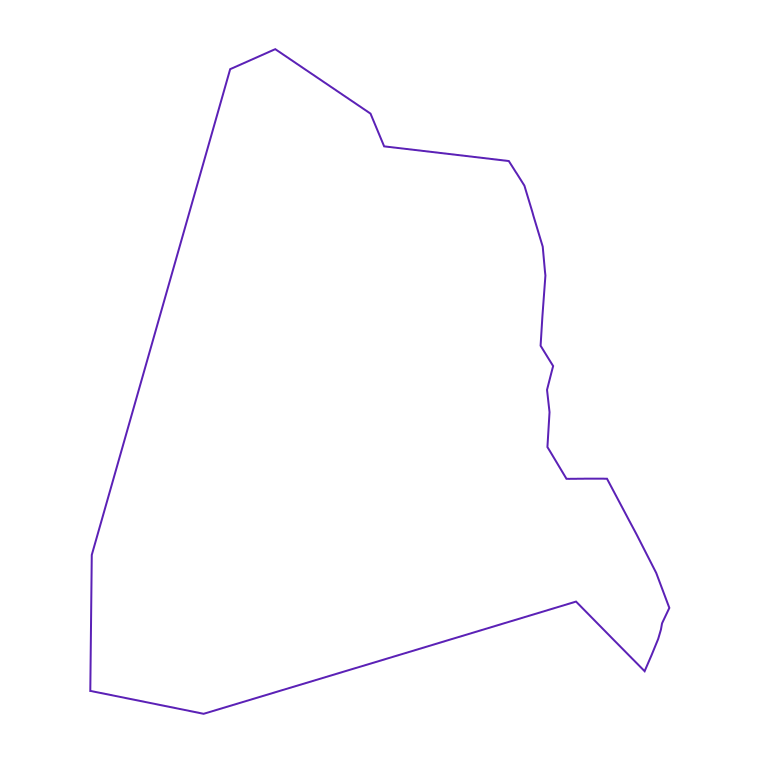 Mourtcha, Ennedi, Chad, rotated 271°
{"feature_id": "50815135B12013942151217", "entity_name": "Mourtcha", "entity_type": "district", "adm_level": 2, "iso_a3": "TCD", "parent_name": "Chad", "parent_adm1": "Ennedi", "projection": "natural_earth1", "projection_center": [21.235, 16.282], "detail": "fine", "context": "isolated", "style": "outline", "palette": "violet", "viewbox_px": 768, "rotation_deg": 271, "n_neighbors": 0, "source": "geoboundaries", "source_scale": "gbopen_adm2", "svg_char_len": 772}
<svg xmlns="http://www.w3.org/2000/svg" viewBox="0 0 768 768"><g transform="rotate(271 384 384)"><path d="M101.4,649.6L104.6,650.9L117.7,656.3L133.9,662.6L143.4,665.2L149.1,666.1L149.8,666.3L150.3,666.5L165.1,673.2L199.8,659.5L204.3,657.1L238.3,639.0L252.3,631.2L262.1,625.8L293.2,608.6L292.9,589.1L292.4,570.7L292.4,568.1L319.4,551.3L323.8,548.5L358.7,550.0L381.0,547.1L399.6,551.5L404.9,552.8L413.9,547.0L425.0,539.9L454.4,541.2L495.3,543.5L499.1,543.0L524.1,540.3L554.3,530.6L558.7,529.3L581.7,521.9L582.7,521.6L584.8,520.9L597.2,512.8L597.7,512.4L609.1,504.9L621.6,380.0L654.1,365.8L716.9,269.4L697.4,227.5L696.1,224.7L208.0,94.8L72.0,95.7L72.0,95.8L51.1,209.4L109.6,392.2L169.8,579.8L131.1,619.2L101.4,649.6Z" fill="none" stroke="#5b21b6" stroke-width="2"/></g></svg>